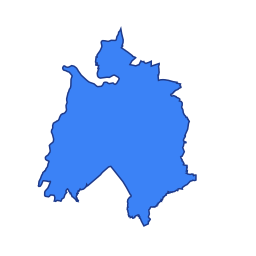 outline of La Piedad, Michoacán, Mexico, rotated 288°
{"feature_id": "50627088B97476448699279", "entity_name": "La Piedad", "entity_type": "district", "adm_level": 2, "iso_a3": "MEX", "parent_name": "Mexico", "parent_adm1": "Michoacán", "projection": "orthographic", "projection_center": [-102.084, 20.299], "detail": "fine", "context": "isolated", "style": "filled", "palette": "blue", "viewbox_px": 256, "rotation_deg": 288, "n_neighbors": 0, "source": "geoboundaries", "source_scale": "gbopen_adm2", "svg_char_len": 5701}
<svg xmlns="http://www.w3.org/2000/svg" viewBox="0 0 256 256"><g transform="rotate(288 128 128)"><path d="M102.5,56.0L100.5,56.4L98.5,58.2L94.5,60.7L92.1,61.2L91.2,60.9L88.6,59.2L87.1,58.6L82.4,61.0L80.9,61.2L77.6,60.3L75.8,58.9L74.7,58.5L74.2,58.6L72.9,59.2L72.5,59.8L72.2,61.0L72.0,63.0L71.6,63.2L68.9,63.1L66.3,63.4L63.9,62.6L62.0,62.6L61.8,62.1L61.4,61.9L60.9,62.0L60.1,61.2L59.2,60.8L57.9,60.9L56.4,60.5L53.0,60.4L49.8,59.9L47.0,60.4L46.5,60.7L45.3,60.6L45.0,61.0L44.9,61.3L45.4,62.4L45.9,62.7L47.8,63.2L51.0,63.4L51.7,63.8L52.4,67.1L52.5,69.2L53.2,70.3L53.2,70.7L52.4,70.9L47.2,70.5L45.8,70.2L42.7,68.8L41.3,68.6L38.3,69.5L37.5,70.4L38.0,73.7L38.8,74.4L40.3,74.9L40.8,76.7L41.1,78.5L40.6,79.0L39.1,80.0L36.9,80.4L35.9,80.4L36.1,80.8L35.8,81.0L35.8,81.3L35.9,81.9L37.2,82.8L37.7,85.6L37.6,86.5L37.9,87.0L39.9,87.0L41.9,88.6L45.2,88.6L47.9,89.6L48.1,88.8L49.5,88.4L51.4,89.2L51.4,89.4L50.5,90.7L49.7,91.2L49.2,92.1L47.2,93.8L49.0,93.1L45.5,96.0L45.2,96.4L45.7,96.1L43.3,101.5L42.9,101.2L42.5,101.7L42.7,103.1L43.1,102.7L43.7,103.1L44.5,101.8L45.6,101.1L45.5,100.8L45.9,100.7L46.0,100.3L47.2,99.9L49.0,100.3L49.2,99.8L49.9,99.5L50.5,100.7L51.6,100.0L52.2,100.2L52.2,100.8L51.9,100.8L52.9,100.9L53.1,100.4L53.6,101.0L55.1,101.3L54.6,101.9L54.8,102.4L56.1,104.5L57.0,105.1L58.6,106.0L59.6,106.1L59.6,106.5L60.1,106.6L61.5,106.2L60.6,107.5L74.9,116.2L75.4,116.5L76.2,116.6L78.3,117.6L85.0,121.6L86.2,123.5L75.4,139.8L70.9,145.0L65.4,150.8L65.0,151.7L63.6,152.0L62.6,150.9L59.9,150.0L57.7,150.3L57.1,150.6L56.5,151.2L55.3,151.3L53.0,152.0L52.8,152.5L52.1,152.0L50.1,152.5L49.7,153.3L48.3,153.8L46.6,155.0L45.8,155.0L45.3,155.5L44.9,155.6L44.2,156.2L44.7,156.8L43.5,157.8L43.9,158.1L44.4,159.2L44.8,159.3L43.8,160.2L43.7,160.6L45.0,162.1L45.7,161.8L46.9,162.6L48.5,164.5L48.4,165.5L47.5,165.6L47.1,165.4L47.1,166.6L45.9,166.8L45.9,167.6L43.6,169.5L39.8,173.4L43.1,176.9L45.4,176.3L45.4,176.7L48.0,177.4L48.3,177.2L48.9,175.8L49.7,174.9L50.3,174.8L52.8,174.9L56.5,173.1L58.0,173.8L59.1,173.8L60.1,174.3L60.5,176.1L61.0,176.8L60.8,177.3L61.3,177.6L61.6,178.1L61.6,178.5L62.6,178.8L62.7,179.5L64.2,179.4L64.2,180.0L65.7,179.9L65.7,180.2L66.5,180.5L67.9,181.3L68.3,181.7L68.8,181.6L68.7,182.4L70.3,181.8L70.3,182.9L73.3,182.9L73.3,183.3L74.7,183.9L75.7,184.6L76.2,184.6L76.2,185.0L76.9,184.7L77.7,185.1L78.0,185.6L79.0,186.0L79.9,185.8L79.9,186.2L78.4,186.5L79.4,188.1L80.2,188.0L80.4,189.7L80.9,189.7L81.6,191.3L82.2,192.1L83.9,193.4L83.8,194.6L84.3,194.7L85.5,194.5L86.0,195.2L86.2,196.0L86.3,196.0L86.7,198.6L87.7,198.1L88.5,198.3L91.0,200.1L92.5,201.7L96.5,203.6L97.1,204.2L97.4,205.0L98.3,205.7L98.7,207.8L99.5,208.7L104.2,207.2L104.0,206.2L103.0,205.0L104.2,204.1L103.9,202.8L103.0,201.4L102.7,199.4L103.0,197.9L103.1,198.1L105.7,197.6L105.2,196.8L108.3,196.5L108.3,196.2L109.1,196.3L109.1,196.0L110.6,195.7L110.2,193.5L110.2,192.0L111.5,192.2L113.4,190.2L113.5,189.5L114.4,189.4L115.6,187.9L116.9,187.0L117.6,187.5L117.9,188.2L122.8,188.9L126.3,186.0L127.9,186.3L131.3,185.9L131.8,187.6L132.4,187.6L132.7,185.1L132.9,184.8L134.0,184.4L134.8,184.5L136.0,184.6L136.1,184.8L137.6,185.1L138.0,185.0L137.8,184.7L138.2,184.4L145.3,185.1L151.4,184.1L153.1,184.3L153.6,183.9L153.8,183.3L154.7,182.6L154.8,182.0L155.3,181.9L156.4,180.8L156.0,180.0L156.3,179.6L156.9,179.3L157.9,177.5L159.6,175.9L162.2,174.6L162.8,174.1L163.1,173.5L163.4,173.5L164.2,172.7L164.6,172.5L166.4,172.5L168.6,171.8L169.6,170.5L169.6,168.5L171.1,168.5L171.6,168.2L172.0,166.9L172.2,164.6L172.7,164.1L172.5,163.4L172.8,163.0L172.8,162.1L172.9,161.6L172.8,161.2L172.5,160.9L172.0,159.9L171.9,159.4L172.7,158.4L173.4,158.4L174.3,159.7L174.9,159.6L175.9,160.4L176.7,160.4L177.2,161.1L178.1,161.2L180.2,163.6L181.3,164.1L182.9,165.8L184.1,165.2L184.2,164.4L184.5,164.2L186.1,164.3L185.7,160.4L186.6,160.5L186.0,156.5L185.8,151.7L185.3,148.5L184.8,146.4L183.9,144.1L182.7,142.3L187.6,140.2L187.8,140.7L190.6,140.4L192.6,139.5L193.4,139.3L196.0,138.0L198.2,138.0L199.0,137.7L194.0,131.0L198.7,129.5L196.9,127.6L195.0,125.0L195.1,123.9L195.6,122.6L196.1,122.5L195.4,120.7L195.4,120.4L195.8,119.6L191.5,118.9L191.3,118.4L189.5,116.2L188.9,110.2L193.0,111.0L197.2,113.6L197.5,112.9L197.5,110.4L197.8,109.9L198.1,109.9L200.1,104.3L202.3,96.9L204.3,97.6L204.4,96.9L207.7,96.9L210.3,96.2L215.8,92.8L220.2,90.5L218.0,90.3L216.3,89.5L214.3,89.8L211.3,89.2L209.0,89.5L208.2,89.5L207.6,89.2L207.3,88.7L206.2,84.9L204.6,83.0L204.2,82.1L203.8,79.2L203.3,77.0L202.4,76.1L201.5,76.0L200.9,76.1L198.0,77.8L196.7,78.0L193.0,77.6L188.1,76.1L187.2,76.1L186.0,76.7L185.8,75.7L180.8,76.7L180.7,77.0L180.0,77.3L180.3,78.6L178.8,79.1L178.5,77.8L177.9,78.0L178.4,80.8L175.4,81.0L175.6,81.5L175.9,81.6L175.8,81.8L171.0,81.8L170.1,82.0L168.1,83.0L167.1,84.3L166.9,85.7L167.0,86.5L169.8,92.3L170.4,94.7L173.5,97.5L173.9,98.2L174.1,99.0L173.2,103.1L172.2,104.4L171.2,104.4L167.0,103.4L166.4,103.0L165.5,102.2L165.6,101.1L166.1,100.3L166.2,99.8L164.4,96.5L164.4,95.3L164.9,94.0L164.6,92.4L164.3,91.7L163.7,91.0L161.3,90.7L159.5,89.9L158.0,86.5L158.1,85.3L159.5,82.1L159.6,77.6L159.8,76.3L160.7,73.9L163.8,67.2L166.5,63.6L166.6,63.3L167.3,62.7L168.9,60.8L169.3,60.0L170.0,58.0L170.1,57.2L169.9,55.1L168.2,53.5L167.1,52.1L166.9,50.3L167.4,48.6L167.2,47.9L166.6,47.5L165.3,47.3L164.7,47.4L163.6,48.2L163.2,49.0L163.3,51.5L163.0,52.8L163.0,54.5L162.7,55.3L160.6,58.5L160.0,58.8L156.6,58.8L150.9,60.5L149.0,60.8L147.7,60.7L146.8,60.3L143.7,60.3L143.2,60.1L137.0,60.6L135.5,61.1L133.6,62.2L130.3,62.1L128.3,62.9L126.6,63.8L125.2,64.0L123.2,63.4L122.0,62.5L121.3,61.2L119.7,60.1L117.2,59.7L115.0,59.7L113.9,59.4L112.9,58.7L112.5,58.0L111.4,57.4L111.1,56.9L109.5,55.6L107.0,55.6L105.1,56.3L103.8,56.4L102.5,56.0Z" fill="#3b82f6" stroke="#1e3a8a" stroke-width="1.5"/></g></svg>